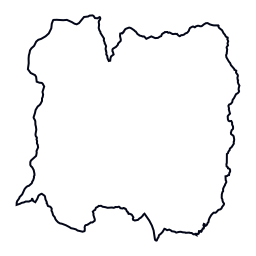 the district of Cerrito, Santander, Colombia
{"feature_id": "7082276B90463552702782", "entity_name": "Cerrito", "entity_type": "district", "adm_level": 2, "iso_a3": "COL", "parent_name": "Colombia", "parent_adm1": "Santander", "projection": "mercator", "projection_center": [-72.643, 6.901], "detail": "fine", "context": "isolated", "style": "outline", "palette": "ink", "viewbox_px": 256, "rotation_deg": 0, "n_neighbors": 0, "source": "geoboundaries", "source_scale": "gbopen_adm2", "svg_char_len": 5726}
<svg xmlns="http://www.w3.org/2000/svg" viewBox="0 0 256 256"><path d="M233.8,143.7L233.7,141.8L234.0,141.3L234.2,139.4L233.7,136.5L233.3,135.7L231.1,134.1L230.9,132.8L231.6,130.3L232.9,129.0L233.1,128.1L233.0,126.4L232.1,124.6L232.1,122.6L231.3,121.0L229.3,121.2L228.5,120.7L227.9,119.3L227.7,116.3L228.1,115.6L230.0,113.6L228.8,109.3L229.0,108.3L228.4,105.9L229.1,104.6L230.9,103.8L232.2,102.2L232.7,99.8L234.0,98.1L236.0,94.2L237.7,93.2L238.7,92.2L239.1,91.1L238.6,89.8L238.7,88.1L239.4,85.6L238.4,83.9L237.8,82.1L238.1,80.2L237.7,79.9L237.4,77.8L237.9,75.9L237.7,74.9L236.2,72.9L236.0,72.3L236.3,70.8L235.8,70.4L234.4,69.8L234.3,69.0L230.9,65.1L230.1,63.0L228.9,61.6L226.4,57.3L226.1,55.1L226.8,53.4L226.7,52.7L227.0,51.8L226.9,51.2L227.2,49.4L226.6,47.7L226.8,46.9L228.0,45.3L227.5,43.3L228.2,41.2L227.3,39.1L227.8,38.0L227.6,37.5L226.4,37.0L225.7,36.3L224.8,34.6L223.6,33.3L222.1,30.3L219.2,28.0L218.7,27.2L218.4,26.5L218.6,25.8L218.3,25.4L213.9,25.4L212.2,25.1L209.9,24.4L207.6,23.1L205.9,23.2L204.0,24.3L201.9,26.0L201.0,26.3L199.9,26.2L198.8,25.8L197.5,25.8L195.5,26.6L195.1,27.2L194.6,27.3L193.2,26.5L192.5,26.6L190.1,27.9L189.2,29.5L188.9,30.7L187.3,32.7L185.3,33.5L184.0,34.6L182.5,35.1L181.3,35.1L180.2,36.0L179.6,36.2L178.3,35.4L177.0,33.9L176.4,34.1L175.3,33.8L173.3,34.1L172.5,34.0L169.6,32.5L168.2,32.8L167.4,32.0L164.8,32.1L164.6,32.5L163.5,33.0L161.9,34.2L161.2,36.1L159.9,36.6L157.9,37.9L155.2,38.1L151.3,36.4L146.4,38.8L145.9,38.5L145.3,37.6L143.9,36.4L142.5,36.5L141.8,36.1L139.4,35.5L138.8,34.8L137.6,34.2L135.8,31.6L135.0,31.2L134.3,30.4L131.3,28.3L129.8,27.7L128.8,27.7L126.1,28.7L124.8,29.6L124.6,30.5L123.9,31.1L123.7,31.9L123.3,32.0L123.3,32.4L122.4,33.4L121.4,33.1L120.7,33.7L120.2,33.7L120.0,36.1L120.8,39.5L120.7,40.9L118.1,43.5L117.9,44.7L116.1,46.8L113.0,48.7L112.5,49.4L112.4,51.1L113.0,52.2L113.6,54.5L111.1,56.4L110.5,58.2L110.2,60.7L108.8,61.0L107.5,58.2L107.2,55.8L106.3,54.5L106.4,52.1L106.0,51.2L106.1,50.7L105.7,49.9L105.6,48.5L106.1,46.2L105.2,44.1L104.7,43.6L104.7,42.7L103.8,40.4L104.0,38.5L100.5,33.0L100.4,31.9L99.4,30.3L98.7,28.0L99.1,24.7L98.7,22.0L99.1,20.7L100.0,19.6L100.3,18.6L100.1,17.5L99.7,17.1L99.0,17.5L98.5,17.6L97.7,18.3L95.0,18.1L93.5,15.9L92.5,15.4L89.6,15.6L88.1,16.5L84.0,17.0L79.0,23.1L76.7,24.3L74.5,23.7L71.9,22.1L66.9,19.9L63.2,20.2L56.8,19.8L53.8,19.9L53.0,20.3L52.7,21.3L51.8,23.6L51.3,28.3L48.8,33.4L45.6,36.3L41.1,38.9L38.3,39.8L36.2,41.6L34.1,45.9L31.4,48.3L30.0,50.4L29.5,53.2L28.9,55.2L28.6,58.4L28.7,63.3L27.9,69.2L30.7,73.0L35.0,75.1L36.1,76.8L36.7,81.7L39.4,82.7L41.7,82.9L42.6,83.6L44.2,86.5L42.5,91.9L43.1,94.5L42.7,97.0L42.0,98.4L42.0,101.0L40.5,103.9L39.4,105.2L37.7,106.5L35.6,110.0L35.0,112.9L33.6,117.3L33.8,118.2L35.1,120.5L35.3,121.5L35.4,124.6L35.9,126.6L36.3,129.7L35.5,134.2L35.6,135.4L35.9,136.4L36.8,137.4L36.9,138.1L36.5,139.3L37.1,141.1L36.9,142.7L37.0,143.6L37.7,144.7L38.1,147.4L36.5,151.1L36.7,152.8L36.1,155.9L31.3,160.2L30.5,161.4L30.3,162.5L30.3,164.9L30.9,166.1L32.2,167.3L33.7,170.1L34.4,173.6L34.5,175.2L33.9,176.4L34.0,177.6L33.1,180.4L32.2,181.6L32.1,182.6L31.5,183.5L28.9,185.8L27.5,186.2L26.8,186.7L25.8,187.6L24.6,189.1L22.2,194.4L19.6,197.1L19.1,198.5L17.2,201.1L16.7,202.6L16.6,204.9L20.1,203.7L21.8,202.8L23.9,202.4L25.8,201.5L29.0,201.5L31.6,200.3L32.0,198.9L32.4,198.9L33.2,201.0L35.3,202.2L37.3,198.8L38.5,195.7L39.4,194.9L41.4,193.8L41.8,193.8L44.5,195.7L45.0,196.6L45.5,199.5L46.6,201.7L46.8,202.5L46.6,203.1L47.3,204.1L47.8,205.8L48.1,206.1L50.0,206.6L51.1,207.6L51.7,208.7L51.5,210.7L52.2,212.0L53.1,215.2L54.8,217.3L55.3,218.9L56.3,220.4L58.1,222.3L60.0,223.4L61.8,223.7L65.8,225.2L69.6,227.2L71.0,228.2L73.6,228.7L76.0,229.4L77.5,230.5L82.6,231.7L84.3,231.2L84.7,230.8L84.8,228.5L84.6,227.3L85.1,225.7L85.6,225.2L87.7,224.7L88.4,224.0L89.5,223.5L90.6,222.5L92.5,222.4L94.7,220.7L94.8,219.3L93.4,215.0L93.5,213.4L92.8,211.7L93.8,210.6L95.2,209.8L95.8,208.0L96.4,207.4L97.4,207.1L98.7,205.9L99.7,206.0L100.7,205.8L101.3,205.9L102.5,206.7L105.5,207.2L107.6,207.8L111.9,207.5L113.6,207.8L114.8,207.5L115.3,207.0L117.5,207.1L118.9,206.7L119.6,207.1L120.4,208.2L122.5,208.5L123.4,208.0L123.9,208.0L124.5,208.6L125.0,208.5L125.9,209.1L126.8,211.2L127.5,211.7L127.7,212.5L128.2,212.6L128.6,213.9L129.9,213.8L130.7,214.3L131.4,214.4L131.9,214.9L133.4,217.3L132.8,218.8L133.1,219.8L134.8,220.5L137.9,219.9L139.5,218.4L140.8,217.7L142.8,215.7L143.4,214.6L144.5,213.7L149.3,220.6L151.9,225.6L153.6,230.5L154.9,239.1L155.3,240.1L156.2,240.6L156.8,240.4L157.6,238.4L158.4,237.4L159.0,235.2L160.9,233.7L162.6,231.9L164.4,228.8L165.2,229.0L167.1,230.2L169.2,229.6L170.9,230.4L171.7,231.2L174.8,231.7L176.2,232.6L179.1,231.9L180.8,231.8L182.7,232.3L185.2,232.5L185.7,232.8L189.3,232.6L189.9,232.9L191.7,233.0L193.4,234.3L194.9,234.2L195.6,234.6L195.4,234.2L195.5,233.8L195.8,233.8L196.0,234.4L196.7,234.6L197.3,233.9L197.7,234.2L198.6,233.7L199.2,232.5L198.8,232.0L199.0,231.1L199.8,231.2L200.7,230.9L200.6,231.6L201.2,231.8L201.6,231.4L201.8,230.1L202.6,229.5L202.7,228.5L203.7,228.4L204.1,226.9L203.4,225.2L203.9,223.9L204.6,224.2L204.4,225.8L205.6,225.9L207.0,224.6L207.6,223.0L208.4,222.2L208.9,219.6L209.7,217.7L211.3,215.0L213.1,213.1L213.9,212.6L215.1,212.8L216.1,212.4L218.4,209.9L220.5,209.3L221.5,208.4L222.0,207.1L223.9,204.6L224.0,203.5L223.0,202.1L222.5,200.7L222.4,199.4L221.7,198.0L221.8,194.4L222.4,192.1L223.1,191.3L223.1,188.8L224.2,186.3L224.9,185.4L225.0,184.6L226.3,182.2L226.2,181.1L225.7,180.2L225.5,176.3L227.1,176.0L227.8,175.3L229.0,175.1L229.4,172.7L230.1,171.7L230.1,170.0L229.5,168.8L228.0,168.3L227.9,167.4L226.6,166.4L226.4,164.1L226.8,163.0L226.9,154.0L228.0,153.1L228.4,151.6L229.7,150.0L229.7,149.2L230.0,148.5L231.7,147.0L233.8,143.7Z" fill="none" stroke="#020617" stroke-width="2"/></svg>